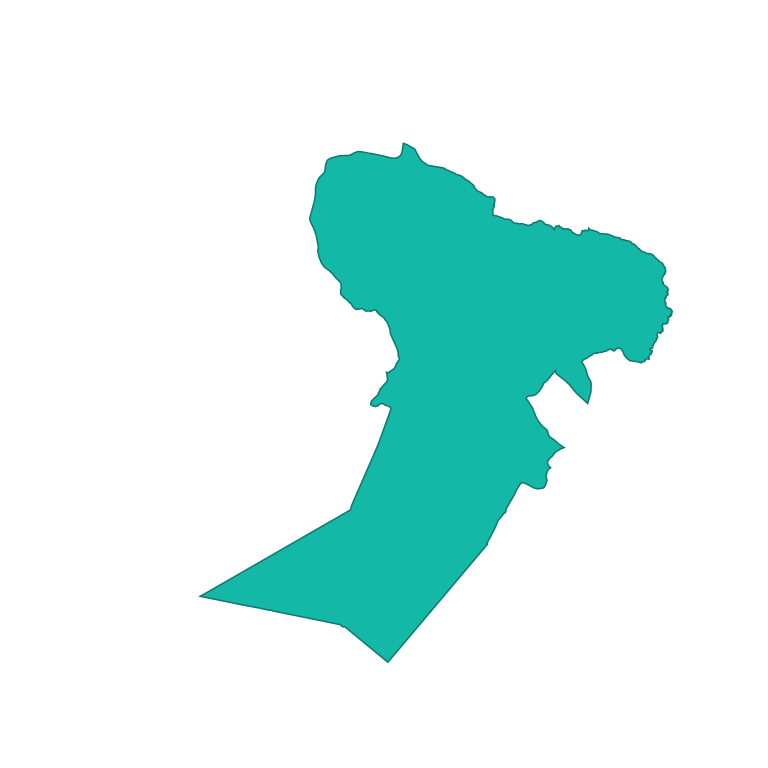 Gatsibo, Eastern, Rwanda (Robinson projection), rotated 134°
{"feature_id": "39286606B53863210323147", "entity_name": "Gatsibo", "entity_type": "district", "adm_level": 2, "iso_a3": "RWA", "parent_name": "Rwanda", "parent_adm1": "Eastern", "projection": "robinson", "projection_center": [30.287, -1.667], "detail": "fine", "context": "isolated", "style": "filled", "palette": "teal", "viewbox_px": 768, "rotation_deg": 134, "n_neighbors": 0, "source": "geoboundaries", "source_scale": "gbopen_adm2", "svg_char_len": 6147}
<svg xmlns="http://www.w3.org/2000/svg" viewBox="0 0 768 768"><g transform="rotate(134 384 384)"><path d="M197.4,537.3L203.8,532.7L206.3,531.4L208.6,530.9L210.2,531.1L212.8,532.1L215.3,534.4L216.8,536.2L219.9,541.9L227.1,553.5L227.6,553.8L231.7,560.2L234.3,563.6L235.9,564.8L238.4,566.0L243.5,567.6L250.5,574.4L258.0,579.0L261.5,580.1L262.7,580.1L266.5,578.5L272.8,573.9L280.4,573.9L283.3,573.2L287.6,571.4L290.7,569.3L294.9,565.3L300.0,561.6L316.5,552.5L318.2,550.1L321.0,542.3L324.1,536.2L330.8,526.7L332.0,525.5L334.2,524.4L338.5,517.8L339.1,515.8L340.3,513.5L341.2,508.9L341.3,507.4L340.6,503.2L340.5,498.5L340.3,498.0L341.0,493.8L341.2,485.7L342.1,484.2L344.5,481.7L346.0,480.5L347.1,480.0L349.4,477.7L349.7,472.5L349.2,469.5L349.4,465.5L349.2,462.9L350.0,460.6L350.1,457.2L349.4,455.5L345.3,452.5L344.6,451.1L344.3,447.9L341.8,445.4L341.1,444.1L337.3,442.4L336.4,440.5L336.9,439.7L336.6,439.6L337.2,437.7L337.2,435.5L336.4,430.1L337.2,427.3L337.3,424.7L337.6,424.0L340.3,418.2L343.6,413.9L349.7,398.5L352.9,393.9L354.0,393.3L354.5,392.2L354.9,390.4L356.7,389.8L359.6,389.5L365.5,387.4L371.7,388.5L373.1,389.1L373.9,390.3L374.2,389.3L374.8,389.1L375.6,387.7L377.5,385.8L377.7,384.5L379.4,384.2L380.5,383.5L384.8,383.5L388.8,383.1L390.0,383.5L391.5,382.5L394.2,381.9L395.6,380.8L404.9,381.3L405.8,380.5L407.0,380.1L408.1,379.3L407.4,376.3L406.3,374.6L404.0,373.2L400.7,372.9L399.2,371.8L398.3,368.1L397.1,366.2L396.4,362.8L396.5,361.9L432.0,346.0L493.2,323.2L497.9,320.7L664.4,368.7L641.2,332.2L631.3,317.3L627.0,310.1L625.1,308.0L624.5,306.4L623.4,304.6L587.2,247.8L587.6,246.8L587.5,245.6L586.7,244.1L585.9,244.0L581.5,187.9L427.2,198.3L427.1,199.2L411.5,203.8L403.4,206.9L394.0,207.9L392.2,207.4L388.2,209.6L372.9,213.4L368.3,215.0L360.1,216.8L357.9,214.7L357.3,213.5L354.8,204.3L352.6,200.5L348.6,197.4L347.1,197.1L344.6,197.5L340.0,199.8L338.2,203.0L336.7,204.2L333.4,205.8L331.3,206.3L329.9,206.4L328.5,205.9L328.4,208.8L328.1,210.0L327.4,211.2L326.0,212.5L322.6,213.1L318.6,212.8L313.6,213.4L307.4,211.6L304.6,210.2L305.7,216.3L306.0,222.6L306.9,228.2L306.3,230.4L304.9,232.5L304.0,234.6L303.9,236.6L304.4,240.4L303.2,248.7L301.8,252.4L298.0,260.6L296.1,269.0L295.8,271.5L294.4,272.1L292.0,271.8L291.0,270.5L288.3,268.4L286.2,267.6L284.6,267.4L280.7,267.4L275.3,268.5L272.7,269.6L271.0,269.5L268.7,269.0L255.2,270.2L256.7,267.8L256.9,266.8L255.6,254.5L255.8,252.4L255.5,251.8L257.0,239.4L256.5,223.9L246.0,229.6L239.9,235.1L238.3,237.6L237.0,242.5L232.7,250.1L231.0,255.6L230.8,257.1L228.2,257.3L226.7,257.0L223.9,255.8L222.3,255.7L218.9,254.7L216.7,254.4L215.3,253.8L213.8,252.1L213.6,251.9L213.3,252.3L209.8,249.3L207.0,247.9L205.6,246.8L204.2,246.6L201.4,245.2L200.5,241.5L200.0,241.2L197.0,241.4L194.9,239.8L194.2,238.5L194.3,237.3L194.5,235.9L195.6,232.6L196.4,231.3L196.8,226.3L196.5,223.5L194.0,219.8L192.3,217.8L190.2,213.7L189.2,213.8L188.3,213.0L185.9,212.2L185.0,213.1L184.1,212.9L182.8,211.8L182.4,210.8L181.7,210.5L181.0,211.6L180.7,212.8L178.9,212.6L178.3,213.1L177.5,213.1L176.5,212.5L175.6,213.5L174.8,213.7L174.4,213.4L173.8,214.4L174.3,215.2L174.5,216.9L174.1,217.4L172.2,215.9L171.1,216.2L170.1,217.0L166.5,218.1L163.5,218.4L162.7,219.3L162.1,219.5L161.8,219.1L160.3,219.7L158.7,221.9L157.2,222.7L156.7,222.7L156.1,222.0L155.3,220.1L154.0,220.6L153.2,220.3L152.7,220.7L152.4,220.9L152.3,220.6L152.1,220.9L151.7,220.6L151.3,220.9L151.5,221.4L151.0,221.9L150.6,221.9L150.6,222.3L149.9,222.5L149.1,224.0L148.4,224.7L147.8,224.5L147.7,225.2L146.5,224.8L146.0,223.9L145.6,223.8L144.1,222.4L143.4,222.7L142.8,222.3L142.1,223.5L140.1,223.7L139.4,225.4L138.5,226.0L138.3,225.7L138.0,226.1L137.3,225.9L137.7,225.5L137.5,225.2L136.5,225.0L135.8,225.5L135.8,225.0L135.3,225.0L134.2,225.2L133.8,225.8L134.1,226.0L132.3,227.0L132.5,226.6L132.2,226.5L131.3,227.5L130.8,230.4L132.2,232.5L131.9,233.2L132.5,233.7L132.5,234.7L131.6,236.3L131.2,236.3L130.9,237.1L130.3,237.2L130.0,237.9L130.0,237.6L129.8,237.7L129.8,239.2L128.6,240.1L128.3,240.9L127.8,240.9L127.3,241.5L126.8,241.1L125.4,241.8L125.3,241.4L124.5,242.3L122.6,241.8L122.6,242.1L122.2,242.1L121.5,243.9L121.3,243.4L120.0,244.9L119.4,244.6L118.7,245.0L118.2,245.7L117.7,247.9L118.2,249.8L118.0,250.4L118.4,251.4L117.9,253.2L117.4,253.2L116.8,254.1L116.5,256.2L115.0,257.1L114.1,257.3L112.8,258.4L111.8,258.2L110.6,258.6L110.3,258.3L109.3,258.7L109.3,259.3L108.8,259.0L108.6,259.5L107.3,259.4L106.0,261.5L105.0,262.1L104.8,264.7L104.4,265.0L104.3,266.3L103.6,267.4L104.4,270.0L104.6,277.7L104.2,279.7L104.7,280.7L104.9,282.4L107.8,286.1L108.1,287.8L109.1,289.6L109.6,292.2L109.4,294.3L109.9,295.8L109.5,300.0L109.9,301.8L110.8,303.1L110.3,304.5L110.5,306.1L111.9,308.5L112.5,309.0L113.4,311.4L114.9,313.0L115.2,315.9L118.4,320.8L118.8,322.8L120.5,326.5L121.3,327.9L122.8,329.4L124.0,331.4L124.7,331.8L125.9,333.3L126.5,336.7L127.8,338.9L128.1,340.2L128.8,340.8L129.6,342.5L129.8,345.0L131.6,343.6L132.4,343.8L133.2,345.8L133.4,346.1L134.8,346.3L135.8,347.8L137.0,347.6L139.7,346.2L141.4,346.9L143.0,349.6L143.5,351.7L143.9,352.2L143.8,353.3L144.1,354.6L143.5,356.3L143.5,357.1L144.3,358.2L144.6,359.4L145.5,360.6L146.7,361.1L147.6,362.8L147.9,362.5L148.1,362.7L148.2,364.2L148.0,365.0L148.3,365.6L148.9,366.3L148.9,367.1L148.4,368.2L151.3,370.0L152.9,369.6L154.6,368.7L154.2,371.8L154.8,375.0L157.1,379.0L157.0,381.5L157.4,384.3L158.3,385.7L159.2,385.9L160.0,386.6L161.6,386.7L164.6,388.6L166.7,388.5L169.8,390.4L172.9,396.4L174.6,397.7L177.0,401.4L178.1,402.6L177.9,404.1L178.1,407.4L179.2,409.1L181.7,411.7L182.3,414.3L184.4,418.6L184.5,419.5L185.5,420.3L186.3,422.2L186.9,422.9L186.4,423.6L182.8,426.9L180.0,427.9L179.0,429.5L178.6,429.0L174.3,432.3L173.6,433.4L173.7,435.5L174.8,436.4L175.4,437.6L176.8,438.6L178.0,440.9L178.2,443.1L178.6,444.4L178.5,445.5L178.9,446.3L178.6,446.6L180.1,450.5L180.2,452.5L179.7,455.9L178.8,457.4L179.2,461.1L179.1,463.0L179.5,465.1L179.3,464.7L180.4,468.4L180.2,470.0L181.0,474.0L183.2,477.8L183.2,479.4L184.0,480.6L184.1,482.1L185.3,484.3L185.5,485.9L186.4,487.3L186.8,488.7L186.7,490.0L187.2,491.1L196.2,504.4L197.3,510.9L196.9,515.3L193.7,525.0L195.8,533.7L197.4,537.3Z" fill="#14b8a6" stroke="#0f766e" stroke-width="1.5"/></g></svg>